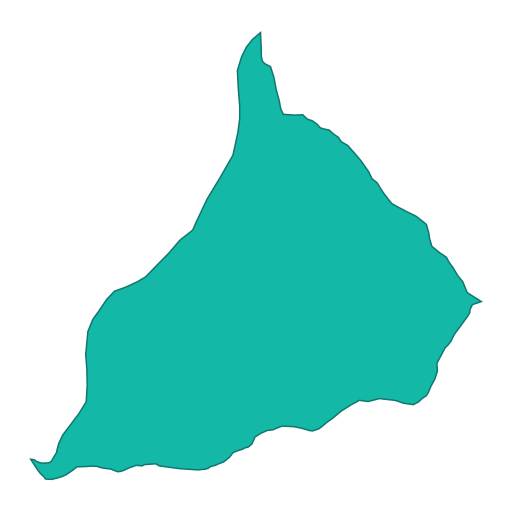 Barzhong, Chirang, Bhutan
{"feature_id": "84629894B8862847881254", "entity_name": "Barzhong", "entity_type": "district", "adm_level": 2, "iso_a3": "BTN", "parent_name": "Bhutan", "parent_adm1": "Chirang", "projection": "mercator", "projection_center": [90.069, 26.941], "detail": "fine", "context": "isolated", "style": "filled", "palette": "teal", "viewbox_px": 512, "rotation_deg": 0, "n_neighbors": 0, "source": "geoboundaries", "source_scale": "gbopen_adm2", "svg_char_len": 2301}
<svg xmlns="http://www.w3.org/2000/svg" viewBox="0 0 512 512"><path d="M270.5,66.7L265.0,63.8L262.4,61.2L261.4,56.9L261.1,46.1L260.5,32.6L252.5,39.4L246.5,47.0L242.9,54.1L241.6,56.8L237.4,70.4L238.0,82.6L238.2,87.0L239.7,106.2L239.7,118.7L237.8,133.0L232.9,155.3L220.1,177.6L207.3,198.7L196.0,222.5L192.7,230.1L179.9,240.2L168.6,253.4L157.4,264.7L145.7,276.8L137.5,281.7L125.1,287.4L114.6,291.1L106.7,299.4L98.8,311.1L92.8,319.4L87.9,331.5L85.7,354.7L86.9,369.5L87.2,385.3L86.2,401.8L79.2,413.2L62.7,435.1L58.7,443.6L57.1,449.7L56.5,452.6L51.3,461.3L48.9,462.8L41.7,463.2L37.0,461.7L34.0,459.7L30.7,459.3L35.3,466.3L37.8,470.2L40.3,473.4L44.1,477.0L45.4,479.0L51.7,479.4L59.1,477.5L63.2,476.1L66.3,474.6L72.8,470.2L76.8,466.9L83.8,466.6L88.3,466.4L92.2,466.1L94.7,466.3L97.3,466.4L99.6,467.3L103.8,468.2L107.7,468.7L111.0,469.1L114.6,470.6L117.6,471.7L120.7,471.4L124.0,470.3L128.4,468.1L136.4,465.3L142.0,465.9L144.5,464.6L155.7,463.8L159.3,465.9L179.1,468.6L190.7,469.4L198.1,469.9L201.6,469.5L205.1,469.2L208.0,468.4L210.4,466.6L215.4,465.3L217.7,464.2L223.9,461.8L226.2,459.9L229.5,457.2L233.2,452.5L238.6,450.4L242.3,449.3L245.1,447.8L248.3,447.0L251.9,444.0L255.0,437.0L260.7,433.4L267.4,430.4L273.1,429.8L275.9,428.4L282.1,426.1L294.3,426.7L302.2,428.4L309.7,430.6L312.7,430.9L318.9,428.8L322.4,426.1L326.3,422.8L333.1,417.9L335.8,415.6L339.1,412.8L341.2,411.1L351.2,404.7L356.8,401.8L359.2,400.3L368.0,401.5L374.1,400.0L379.2,398.6L393.0,400.1L396.3,400.7L402.9,403.0L406.5,403.7L413.4,404.6L418.7,401.8L422.1,398.5L426.3,395.7L428.1,393.0L430.8,386.5L434.8,379.2L437.4,371.2L436.9,363.3L445.2,347.7L448.1,344.9L451.2,340.8L454.1,334.7L464.2,321.0L467.3,316.8L469.8,312.6L470.0,309.6L472.4,304.6L481.3,301.6L467.2,292.6L462.6,281.4L459.9,278.3L457.7,275.5L453.1,267.8L449.1,262.3L446.4,257.3L439.6,252.7L431.9,246.4L429.6,238.6L428.7,232.7L426.4,224.5L423.1,221.7L416.0,216.2L405.8,211.2L395.8,205.9L391.6,203.4L388.4,199.4L384.2,193.9L381.3,189.7L377.3,183.0L372.1,178.8L368.7,171.8L364.5,165.8L361.2,161.1L356.8,155.8L347.9,145.6L341.2,141.7L338.5,137.5L333.3,133.8L329.1,130.0L323.9,129.0L320.2,127.8L317.0,124.1L312.3,120.8L307.3,119.1L302.7,114.8L294.3,115.1L283.3,114.3L280.7,108.7L279.3,101.0L276.2,89.6L273.9,77.3L270.5,66.7Z" fill="#14b8a6" stroke="#0f766e" stroke-width="1.5"/></svg>